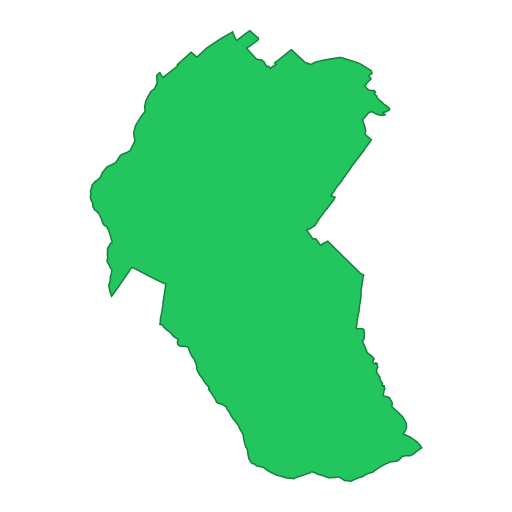 Cristesti, Botosani, Romania
{"feature_id": "2599482B85753621682274", "entity_name": "Cristesti", "entity_type": "district", "adm_level": 2, "iso_a3": "ROU", "parent_name": "Romania", "parent_adm1": "Botosani", "projection": "robinson", "projection_center": [26.725, 47.605], "detail": "fine", "context": "isolated", "style": "filled", "palette": "green", "viewbox_px": 512, "rotation_deg": 0, "n_neighbors": 0, "source": "geoboundaries", "source_scale": "gbopen_adm2", "svg_char_len": 5989}
<svg xmlns="http://www.w3.org/2000/svg" viewBox="0 0 512 512"><path d="M254.9,464.2L256.3,465.8L262.9,467.2L268.0,470.8L269.9,471.9L272.7,473.3L277.5,475.4L280.0,475.9L285.1,477.6L287.3,478.0L294.0,478.7L294.5,478.1L310.0,472.9L310.8,472.2L312.1,471.7L314.0,472.6L315.4,472.7L317.0,473.9L320.0,474.9L322.4,475.3L326.0,476.9L329.5,477.9L331.5,477.6L335.0,477.5L337.8,477.0L338.7,477.1L340.8,478.0L344.7,480.6L348.0,480.7L349.5,481.2L350.6,481.3L359.4,477.4L361.1,477.2L362.9,476.5L366.1,474.3L369.8,473.0L372.6,472.2L379.7,467.1L384.6,464.5L390.4,461.9L397.5,461.0L400.0,459.0L402.2,456.5L405.7,455.7L409.7,455.8L413.0,454.4L417.6,450.6L421.7,447.8L420.0,445.1L416.8,441.7L410.4,437.2L403.2,433.8L405.2,430.9L406.5,427.6L406.5,426.5L406.4,424.2L406.3,423.5L405.6,421.7L402.5,416.7L400.8,414.9L391.8,406.6L392.3,402.9L389.5,397.8L389.1,397.5L387.4,396.8L384.3,396.2L383.5,395.5L383.3,394.8L383.5,393.4L383.8,392.5L383.8,391.3L384.9,388.4L384.2,387.3L384.1,385.7L383.7,385.6L382.8,386.0L382.3,385.9L382.0,385.6L382.5,383.9L382.4,382.9L381.4,382.2L381.2,380.9L379.9,379.5L379.8,379.0L380.1,377.3L378.3,375.1L378.2,374.7L377.8,374.0L377.0,373.3L376.9,372.3L376.5,371.6L376.8,370.4L376.4,369.9L376.4,369.5L377.9,367.4L377.0,365.6L377.1,365.2L377.5,364.8L377.3,363.9L376.8,363.4L375.8,362.8L375.2,363.8L374.0,363.6L373.6,363.3L373.3,362.9L373.2,362.5L372.8,362.2L372.7,361.5L373.4,360.8L373.3,359.9L374.1,359.2L373.5,357.9L370.6,355.2L367.9,353.2L366.2,350.7L366.2,349.8L365.9,349.3L364.7,346.0L362.8,342.3L362.6,341.2L362.9,340.8L363.1,340.2L363.8,339.4L364.3,338.1L364.3,334.1L364.6,333.1L364.1,332.3L364.0,331.7L363.9,330.6L364.1,330.0L362.5,328.6L356.3,328.6L356.2,327.2L356.8,324.7L357.1,320.8L358.1,315.2L359.0,311.6L359.7,304.3L360.1,302.8L361.0,296.1L361.0,292.4L360.9,291.8L362.1,283.8L362.1,282.5L362.6,281.5L363.0,277.6L363.7,275.0L360.7,273.6L342.5,255.8L327.7,241.1L326.5,241.9L322.9,243.4L322.1,244.2L321.5,245.1L320.5,245.2L315.8,238.7L313.0,239.0L306.7,230.2L309.9,228.7L312.4,227.2L315.2,225.2L320.2,217.3L322.9,214.0L326.3,209.2L326.9,208.6L327.1,208.7L328.0,207.3L333.4,200.4L333.6,199.8L335.1,197.2L330.9,195.7L334.3,190.9L337.2,186.3L339.8,183.4L342.3,180.0L343.7,177.6L344.5,176.8L344.3,176.8L349.8,169.5L352.2,165.7L361.8,153.2L364.0,150.5L364.4,149.3L364.9,148.5L368.0,144.6L371.4,139.8L366.0,135.2L365.0,134.2L365.5,131.3L365.5,129.7L365.2,128.1L364.3,124.8L363.2,122.0L362.7,120.4L362.4,120.1L368.7,112.8L369.5,112.3L371.8,111.7L375.7,113.8L379.2,115.1L382.8,115.2L384.8,114.9L385.2,114.7L383.0,113.0L382.8,112.6L383.4,112.3L386.4,111.8L387.3,111.0L389.0,110.3L389.5,109.8L389.5,108.5L387.1,106.4L383.8,104.1L381.4,101.7L379.0,99.7L377.6,98.3L376.8,97.2L376.8,96.3L376.3,95.6L374.1,94.0L374.2,93.5L375.4,92.5L375.5,92.1L375.2,91.7L374.0,90.6L373.2,90.2L371.6,90.7L368.7,90.0L366.5,88.1L365.2,86.1L365.0,85.6L365.7,85.0L367.0,82.9L371.0,79.0L371.1,78.7L369.2,76.5L369.0,76.0L369.6,75.1L372.1,73.3L371.6,71.7L370.9,70.5L362.5,65.2L360.0,63.8L357.4,62.7L343.5,58.2L340.1,57.4L324.2,60.0L315.0,62.2L312.0,64.0L311.2,64.3L310.3,64.2L307.8,63.5L307.7,63.2L306.1,62.8L304.3,61.7L291.3,49.6L280.0,58.8L274.6,62.9L275.2,63.6L275.3,64.0L276.2,64.3L272.5,66.7L270.4,68.4L269.3,67.0L268.6,66.6L268.3,66.2L267.0,66.8L264.7,63.3L264.0,61.8L261.3,59.7L257.8,59.5L256.5,59.2L246.6,48.2L257.6,40.5L257.7,40.0L258.4,39.6L258.1,37.6L257.2,37.2L256.4,36.6L249.9,30.7L249.4,30.9L244.6,34.4L236.8,40.4L236.4,40.3L235.7,39.0L233.9,35.3L232.6,31.8L231.2,32.8L223.0,37.3L214.8,42.6L207.0,47.8L196.9,57.1L191.2,52.2L177.4,64.6L178.1,65.4L175.1,68.0L163.0,77.5L160.6,74.1L160.0,72.7L159.7,72.6L157.5,74.5L156.9,75.3L156.7,76.3L157.1,82.8L156.2,85.3L154.5,88.7L151.6,90.9L150.3,92.4L146.7,99.2L145.8,101.1L144.6,106.5L145.1,111.0L144.7,111.9L141.5,115.8L136.4,124.2L135.5,125.8L134.2,130.5L133.7,133.1L133.7,134.2L134.7,139.4L134.8,140.3L134.6,141.3L134.3,142.2L130.5,149.8L129.7,150.8L127.7,152.1L123.1,153.9L120.8,155.1L120.0,155.9L116.1,162.0L115.5,162.7L107.7,166.6L106.9,167.1L105.9,168.2L101.9,173.3L101.0,175.9L100.4,177.1L99.7,178.0L96.9,180.5L95.0,181.5L95.2,181.8L92.4,184.6L92.1,185.2L91.7,187.3L91.0,189.6L90.6,190.3L90.5,191.1L90.8,192.9L90.7,195.1L90.3,198.0L90.4,198.4L91.0,199.3L91.1,200.4L92.4,202.6L92.8,204.3L92.9,206.7L93.2,207.4L94.1,208.4L94.4,209.7L96.7,211.4L99.3,214.2L100.5,217.2L101.6,219.2L102.1,221.3L103.1,223.8L104.4,225.4L105.7,226.0L107.0,227.0L107.5,228.6L108.6,230.0L109.9,234.5L110.7,236.2L110.9,238.3L112.3,242.0L110.4,243.5L109.8,244.4L109.4,245.7L107.8,248.0L107.6,248.9L107.4,249.9L107.5,251.1L107.4,251.9L107.7,252.7L107.4,253.7L107.4,255.4L107.7,257.3L107.0,261.4L107.4,262.4L108.6,263.9L110.1,267.3L111.5,269.2L111.9,270.3L111.5,273.0L110.2,277.7L110.4,280.0L108.8,285.3L109.1,287.4L109.9,291.1L110.6,293.8L111.6,296.3L117.9,287.6L127.5,273.6L128.4,272.5L131.0,268.4L131.8,267.6L133.7,268.0L149.1,276.1L158.7,280.9L165.8,284.2L163.9,297.5L163.4,299.6L162.9,303.6L163.1,304.1L163.2,305.0L163.0,305.4L162.7,305.6L162.0,311.2L160.4,318.6L160.3,321.3L159.9,324.4L162.9,325.3L163.4,325.9L163.5,326.6L164.0,327.4L167.6,330.6L169.4,331.7L172.2,334.5L172.3,335.2L172.8,335.7L174.5,337.1L177.9,339.0L178.0,339.7L177.5,341.4L177.5,343.6L177.7,344.2L178.8,345.4L179.5,345.9L180.8,346.1L186.0,346.5L188.0,347.2L188.7,348.3L189.0,349.6L189.9,352.3L191.5,355.6L192.3,356.7L192.8,357.8L193.6,358.2L195.9,363.5L196.7,366.2L196.8,368.7L197.1,370.0L198.3,372.4L199.7,375.1L202.4,378.3L204.7,382.2L207.1,385.4L208.1,386.1L208.9,387.2L209.0,387.9L208.6,389.0L208.6,389.6L209.1,389.6L209.8,391.1L211.6,393.4L213.2,396.1L214.3,397.5L215.7,400.0L216.2,401.5L216.7,402.3L217.1,402.7L218.3,403.3L219.5,403.5L221.9,404.3L224.7,405.8L226.0,406.7L226.8,408.0L227.0,409.3L228.6,411.0L232.0,417.3L233.5,419.4L234.9,420.9L238.2,425.3L239.1,427.0L239.5,428.5L243.1,434.4L243.8,439.5L245.1,444.8L245.8,446.9L247.1,448.7L247.6,450.8L248.0,454.3L248.7,458.1L248.9,458.7L250.8,462.1L252.0,463.2L252.3,463.7L254.1,463.8L254.9,464.2Z" fill="#22c55e" stroke="#15803d" stroke-width="1.5"/></svg>